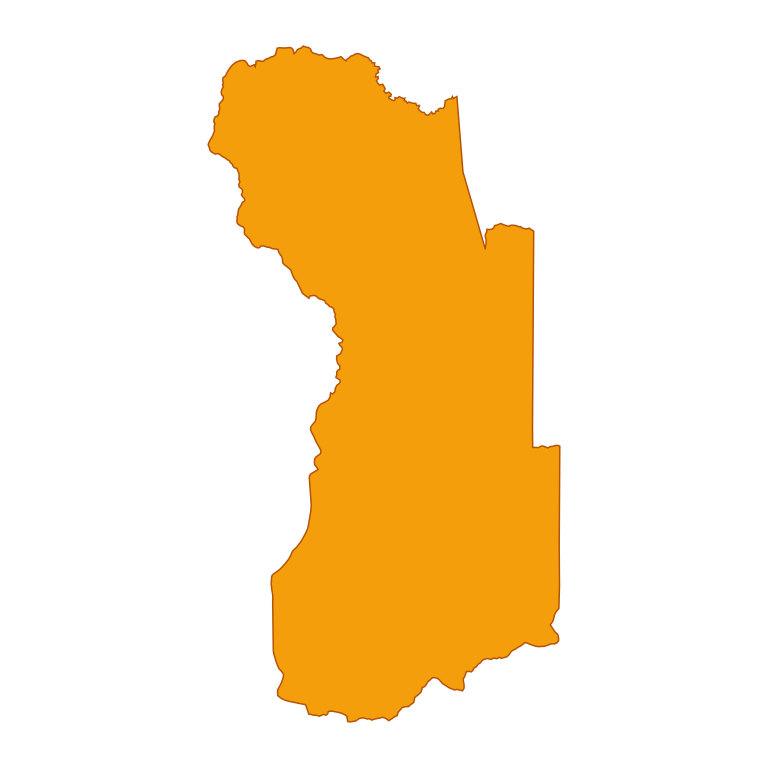 the district of Likuyani, Western, Kenya
{"feature_id": "3690345B37507144009314", "entity_name": "Likuyani", "entity_type": "district", "adm_level": 2, "iso_a3": "KEN", "parent_name": "Kenya", "parent_adm1": "Western", "projection": "orthographic", "projection_center": [35.073, 0.767], "detail": "fine", "context": "isolated", "style": "filled", "palette": "amber", "viewbox_px": 768, "rotation_deg": 0, "n_neighbors": 0, "source": "geoboundaries", "source_scale": "gbopen_adm2", "svg_char_len": 6017}
<svg xmlns="http://www.w3.org/2000/svg" viewBox="0 0 768 768"><path d="M222.5,84.9L223.4,86.6L222.0,89.1L221.1,92.4L221.8,94.9L223.3,96.3L223.1,99.5L219.4,103.7L219.2,105.8L219.8,108.9L218.8,111.6L218.8,114.0L217.6,116.0L215.2,116.8L214.2,119.1L213.7,121.7L214.9,123.6L214.3,126.0L214.2,128.3L214.6,130.7L212.3,136.5L210.8,138.8L209.8,140.9L208.6,143.0L208.2,145.0L209.3,147.6L210.1,150.5L211.4,151.9L215.1,154.1L217.4,153.6L219.7,154.3L221.4,155.9L225.3,158.1L227.2,159.7L229.3,160.6L230.3,162.6L232.1,164.0L233.3,166.7L235.0,167.9L236.9,168.5L237.7,170.7L238.9,173.4L239.2,176.5L238.8,179.2L239.9,181.7L238.7,184.7L239.3,187.2L241.4,188.5L242.5,190.2L242.4,192.6L241.4,194.9L242.7,196.8L244.3,198.2L244.7,200.8L242.2,202.6L240.8,205.8L238.8,208.8L238.1,211.6L237.8,214.8L237.0,216.8L237.2,218.9L236.8,221.2L237.4,223.4L238.7,224.8L243.6,227.3L244.6,229.3L244.3,232.0L244.5,234.0L247.7,237.4L249.4,238.8L252.0,243.9L254.1,246.1L256.6,247.6L259.0,247.9L261.2,246.0L264.0,246.0L266.8,247.1L269.8,247.5L272.4,248.7L275.7,249.0L278.0,249.4L278.8,252.3L280.2,254.7L281.6,256.5L282.4,258.8L282.5,260.8L282.9,263.0L284.1,264.5L286.2,266.1L290.8,269.9L291.6,272.6L293.6,277.4L294.8,279.4L296.9,281.5L302.4,293.1L304.5,294.9L308.9,298.3L309.9,296.0L314.3,295.4L316.5,296.3L318.2,298.3L320.7,299.3L323.3,300.0L324.9,300.9L325.8,303.2L328.1,304.7L329.6,306.6L331.8,307.1L333.8,309.2L334.2,312.1L335.5,314.4L334.8,316.6L335.8,319.3L336.1,324.1L334.4,326.4L332.8,327.8L332.7,330.2L337.7,336.1L339.4,337.4L341.3,338.6L342.9,340.0L342.0,342.4L338.9,343.3L339.9,345.4L341.9,347.3L342.4,349.2L340.6,353.5L336.7,356.0L336.6,359.5L337.6,363.2L339.8,366.2L339.9,368.9L337.9,370.2L336.7,371.9L336.8,374.6L335.9,377.4L340.0,380.1L340.2,382.0L339.2,383.6L336.9,385.2L335.3,388.4L334.8,391.9L332.6,393.9L330.5,392.9L330.0,397.0L328.4,400.0L325.7,401.7L321.1,403.9L318.8,406.0L317.1,409.6L316.4,412.1L315.9,419.5L315.2,421.3L310.9,426.6L310.5,429.3L311.6,432.3L313.9,436.7L315.8,441.2L319.8,448.3L320.8,450.6L320.8,453.0L319.3,454.6L316.1,456.8L314.7,458.9L314.4,462.0L314.6,464.5L315.8,466.3L317.1,467.8L318.1,469.5L310.5,474.1L309.5,475.9L309.3,477.8L311.3,505.7L310.6,512.1L308.3,525.8L307.6,528.7L305.5,533.4L301.4,540.9L296.8,547.0L293.1,550.5L292.0,552.3L290.5,555.8L288.8,558.9L285.5,563.3L280.3,568.9L278.0,570.8L273.8,573.8L272.3,575.0L271.6,577.0L271.2,583.8L271.8,589.7L272.7,594.9L272.8,597.9L272.7,602.3L273.3,650.7L273.6,652.9L274.2,655.3L276.5,662.8L278.8,668.4L282.5,672.6L283.5,674.6L283.3,677.1L281.9,681.4L280.7,684.2L277.6,690.0L277.7,695.6L281.6,698.6L285.6,700.4L289.8,701.5L305.6,704.7L308.8,714.2L310.9,714.4L313.3,715.2L316.7,715.3L319.4,716.2L323.6,714.4L326.2,715.2L327.7,713.8L328.4,711.5L331.0,711.2L333.0,711.3L340.2,712.8L342.6,713.7L344.8,714.7L346.8,716.2L347.7,721.5L350.3,721.9L355.9,720.9L359.2,718.6L362.4,717.8L365.1,718.3L367.1,719.0L369.3,718.8L372.0,720.1L374.8,719.0L379.6,718.1L382.5,717.3L384.9,718.0L386.8,719.1L388.8,720.7L392.5,718.3L394.4,716.8L397.1,715.7L398.2,712.2L400.7,709.4L402.2,707.6L404.6,706.8L408.7,706.5L410.7,704.5L412.5,703.5L413.9,702.2L414.7,697.6L416.3,696.2L418.1,694.9L421.0,692.1L422.4,687.5L424.8,686.5L426.4,684.3L427.8,681.8L430.2,679.9L432.4,677.7L435.0,677.7L437.3,678.4L439.0,679.5L442.5,683.5L449.5,688.0L454.5,689.9L456.9,689.4L462.5,690.8L464.1,688.1L464.0,684.1L463.4,681.4L463.3,678.9L464.6,676.8L465.5,674.0L466.6,671.5L469.2,671.5L471.4,671.8L473.0,670.3L474.0,668.0L476.3,666.8L478.0,664.3L480.5,662.7L482.2,660.5L484.8,659.0L488.0,658.6L491.0,659.4L494.0,658.0L496.6,658.8L499.3,657.3L501.2,658.3L506.8,656.8L508.5,655.3L511.4,651.3L513.6,649.9L515.8,648.9L518.1,647.2L520.6,646.0L525.0,642.6L527.4,643.1L529.2,644.0L531.6,644.9L536.0,646.3L538.6,646.6L541.2,646.5L543.3,646.4L545.8,645.9L551.7,643.7L554.7,643.9L556.9,642.8L558.6,640.8L558.6,638.1L557.9,634.6L554.9,631.8L550.3,624.8L552.1,622.4L553.3,620.2L554.5,615.1L555.3,613.0L556.6,611.2L558.9,608.4L559.5,585.6L559.2,546.5L559.8,446.2L557.9,445.4L555.2,445.5L552.6,446.4L550.3,446.6L547.6,447.9L543.6,446.1L541.3,446.0L538.6,447.6L535.9,447.4L532.7,447.5L532.5,427.1L533.7,231.2L531.6,229.9L529.4,228.2L526.7,228.9L524.5,228.6L522.4,228.1L520.7,226.7L518.7,226.7L516.1,225.6L512.9,225.2L510.6,225.3L508.9,226.2L506.8,225.8L504.3,225.0L500.6,223.5L497.9,224.7L494.6,225.6L493.8,227.9L492.0,229.1L489.5,229.5L486.9,229.3L486.6,232.3L485.4,234.3L485.3,236.8L486.1,239.6L486.0,244.4L485.4,246.6L485.4,249.4L464.1,175.9L463.0,172.4L456.9,96.5L453.4,98.5L452.4,96.5L451.4,98.8L449.0,98.9L445.2,100.8L444.6,106.5L443.0,108.6L440.3,108.2L438.2,109.2L438.1,111.2L436.0,110.9L434.8,113.6L432.9,113.9L431.6,111.9L430.0,113.7L428.0,115.3L425.4,114.5L424.2,112.5L422.1,112.3L420.2,111.0L418.3,109.0L419.5,105.5L416.6,105.5L415.8,103.3L413.5,103.4L411.6,103.0L409.1,102.0L407.3,103.1L406.0,101.1L404.1,100.5L404.9,98.2L403.0,98.4L399.2,96.7L397.3,98.1L395.0,97.6L395.1,99.8L393.3,100.7L389.0,98.3L389.0,96.3L390.8,96.3L391.2,94.2L388.8,92.1L386.0,93.3L383.9,91.2L385.1,88.8L384.0,86.5L382.6,84.2L379.5,85.1L377.5,82.8L376.5,80.7L378.3,78.5L378.1,76.6L375.6,77.1L375.7,75.2L376.5,73.5L378.5,72.7L377.8,70.0L380.1,68.9L378.8,66.7L376.6,66.5L374.4,66.0L374.7,62.8L372.4,63.0L371.0,60.6L369.3,59.7L368.6,57.9L366.1,57.0L363.4,55.9L360.9,54.5L358.4,53.6L355.8,53.8L353.1,55.4L350.9,56.1L348.9,57.9L347.2,59.1L346.1,60.8L343.8,59.4L341.0,56.7L338.0,57.7L332.6,58.8L329.8,58.9L327.2,58.3L325.4,57.7L321.9,54.5L319.2,55.1L317.3,54.3L312.8,52.9L311.3,51.4L310.7,49.3L308.8,47.6L306.5,47.2L303.2,46.1L301.2,48.0L298.8,48.8L297.1,50.0L295.7,52.3L293.9,53.7L293.5,51.3L292.8,49.2L290.8,47.6L288.8,47.6L286.8,47.9L284.8,48.0L281.8,47.9L279.4,47.7L277.2,48.2L275.4,54.7L273.3,56.5L270.8,57.0L269.1,58.3L267.2,58.6L265.2,59.6L263.1,61.4L258.0,60.6L256.0,61.3L255.9,63.4L255.2,66.7L254.1,64.7L250.5,66.4L248.3,65.6L247.0,63.2L245.3,60.9L242.3,60.3L239.8,60.7L235.6,62.4L233.8,63.8L230.9,66.6L228.2,70.5L226.5,73.6L225.5,75.9L223.1,77.6L222.7,80.6L223.3,82.8L222.5,84.9Z" fill="#f59e0b" stroke="#b45309" stroke-width="1.5"/></svg>